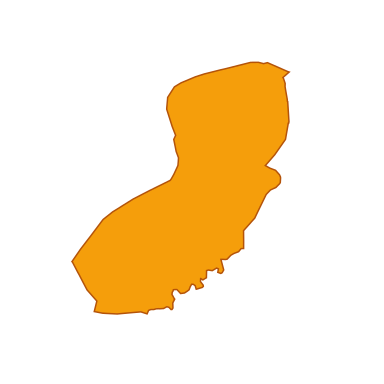 outline of Yarwein Mehnsonnoh, Nimba, Liberia, rotated 215°
{"feature_id": "62588387B90260404265556", "entity_name": "Yarwein Mehnsonnoh", "entity_type": "district", "adm_level": 2, "iso_a3": "LBR", "parent_name": "Liberia", "parent_adm1": "Nimba", "projection": "albers", "projection_center": [-9.092, 6.596], "detail": "fine", "context": "isolated", "style": "filled", "palette": "amber", "viewbox_px": 384, "rotation_deg": 215, "n_neighbors": 0, "source": "geoboundaries", "source_scale": "gbopen_adm2", "svg_char_len": 2496}
<svg xmlns="http://www.w3.org/2000/svg" viewBox="0 0 384 384"><g transform="rotate(215 192 192)"><path d="M117.3,175.3L121.6,181.5L123.1,183.6L127.6,189.9L126.9,195.8L126.2,202.0L125.6,206.5L125.9,208.2L126.9,214.2L129.8,232.4L129.7,233.4L128.9,238.7L125.8,244.0L125.8,244.3L125.0,249.0L125.0,249.3L125.1,250.4L127.5,254.3L128.2,255.1L130.2,256.3L136.0,257.7L139.2,256.9L142.0,256.2L147.1,255.7L146.0,266.1L145.7,269.1L145.6,269.7L145.6,284.1L145.6,288.7L152.6,303.6L152.3,303.9L152.9,305.2L165.1,320.5L165.5,321.0L165.9,321.0L167.2,322.6L173.3,328.7L176.2,331.7L178.0,334.4L182.2,337.5L183.2,337.9L181.2,346.0L182.5,345.6L204.0,341.3L204.4,341.2L207.0,338.2L212.0,336.3L218.3,331.8L222.2,327.3L236.3,311.0L238.6,308.5L246.9,298.9L249.6,295.8L255.3,288.3L255.6,287.8L263.5,275.3L264.4,273.3L264.5,273.1L265.6,270.6L266.5,268.5L266.7,268.0L266.4,260.2L266.2,255.5L265.8,254.9L262.0,248.3L260.9,246.4L260.2,245.3L245.8,234.3L237.9,229.0L237.1,224.6L231.3,219.1L228.2,216.1L222.7,212.3L220.9,209.4L218.7,205.6L218.6,204.8L218.5,204.5L217.0,196.1L216.5,191.1L216.5,189.1L221.0,180.8L223.0,177.2L227.7,168.6L236.1,152.6L240.8,141.5L244.0,133.9L245.6,130.2L249.0,118.7L249.1,117.5L249.8,96.9L250.0,92.8L250.5,81.4L250.4,66.1L249.7,66.0L239.3,60.6L237.0,59.5L235.3,58.6L230.7,56.2L221.8,51.6L207.4,48.1L203.5,38.0L195.8,41.4L192.7,43.3L183.3,49.2L179.9,52.1L171.1,59.5L165.1,64.5L158.9,66.4L159.4,68.9L159.6,69.8L159.4,70.6L158.2,72.2L157.6,72.6L155.9,73.8L154.7,75.3L154.4,75.7L152.1,77.5L151.9,77.5L148.4,80.3L148.3,80.6L146.8,83.6L144.7,84.3L143.2,84.0L141.7,83.7L141.4,84.0L141.0,84.3L141.0,85.7L141.2,86.2L144.1,90.1L144.2,90.6L144.7,94.2L145.1,94.1L145.2,94.4L146.6,95.1L148.4,96.0L149.7,96.6L149.8,96.8L150.1,97.5L150.7,98.6L150.7,99.8L151.2,101.3L150.0,102.3L148.5,103.4L148.1,103.4L143.1,102.3L140.2,105.0L139.0,108.0L138.3,110.2L139.1,113.3L139.4,116.2L138.0,117.1L135.7,117.1L134.2,115.9L132.8,114.8L132.4,115.2L128.8,119.8L128.7,120.4L128.6,121.2L129.4,122.1L133.5,123.4L133.7,123.5L135.3,126.1L135.2,126.2L133.4,126.2L132.7,126.2L131.4,129.2L131.0,130.0L135.0,136.0L133.8,137.5L132.1,138.3L130.3,139.2L128.6,142.9L128.3,143.7L127.3,144.0L126.3,144.2L125.8,143.2L124.8,141.0L121.7,141.8L121.2,142.8L121.0,143.2L121.2,145.2L121.3,146.3L121.5,146.5L129.7,153.4L129.6,153.5L127.5,154.9L126.0,155.8L125.1,156.7L124.7,157.1L124.3,159.8L123.9,162.5L122.4,165.7L122.0,166.3L119.6,169.8L119.3,173.8L118.4,174.5L117.6,175.1L117.3,175.3Z" fill="#f59e0b" stroke="#b45309" stroke-width="1.5"/></g></svg>